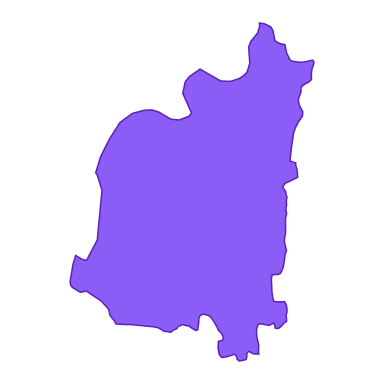 the district of Jisr-Ash-Shugur, Idlib, Syria
{"feature_id": "27442178B84192320308694", "entity_name": "Jisr-Ash-Shugur", "entity_type": "district", "adm_level": 2, "iso_a3": "SYR", "parent_name": "Syria", "parent_adm1": "Idlib", "projection": "equal_earth", "projection_center": [36.341, 35.883], "detail": "fine", "context": "isolated", "style": "filled", "palette": "violet", "viewbox_px": 384, "rotation_deg": 0, "n_neighbors": 0, "source": "geoboundaries", "source_scale": "gbopen_adm2", "svg_char_len": 3536}
<svg xmlns="http://www.w3.org/2000/svg" viewBox="0 0 384 384"><path d="M258.7,354.1L258.6,352.1L258.5,350.1L258.7,345.0L256.8,336.9L256.5,331.5L256.8,327.9L257.5,326.1L258.3,324.3L259.5,324.1L260.4,323.7L262.3,324.1L269.2,325.4L271.8,324.1L274.0,322.9L275.4,328.4L278.6,328.4L281.3,326.2L283.9,323.1L286.6,321.4L286.5,317.9L286.0,315.8L287.0,311.9L286.9,308.1L286.4,305.1L284.6,301.7L281.9,301.8L276.7,301.9L273.9,301.5L273.0,298.9L272.0,292.6L271.4,279.3L272.0,275.0L274.8,274.5L278.0,274.5L280.7,273.1L283.2,267.5L284.2,261.5L285.1,254.7L286.5,250.4L285.7,247.2L284.4,242.0L284.7,237.5L285.6,232.7L285.5,217.9L286.1,215.9L286.6,214.0L286.5,213.4L286.5,213.1L286.4,212.8L285.9,208.1L286.6,205.5L286.5,202.9L286.4,200.3L287.0,196.9L286.5,195.8L286.0,194.6L285.7,191.5L284.8,190.4L282.6,187.2L284.3,184.6L285.0,183.4L288.4,181.8L297.7,177.3L297.1,169.8L297.0,169.5L295.7,165.3L295.7,163.5L295.8,163.0L290.0,161.0L291.3,148.8L292.6,139.8L293.4,133.7L295.4,127.8L295.6,127.4L298.6,121.6L302.4,116.3L302.8,111.9L299.6,105.8L298.5,101.8L298.4,99.4L301.0,91.7L301.0,88.6L301.0,87.3L303.4,85.0L309.3,81.6L311.5,79.5L311.4,76.8L311.4,75.6L311.4,73.5L311.6,72.0L312.1,68.5L313.7,64.0L313.9,62.1L312.9,60.2L311.8,60.3L311.6,60.3L309.3,60.9L305.4,61.8L304.1,62.1L298.7,62.2L291.0,60.9L289.5,58.9L286.9,53.5L286.7,53.2L285.8,48.9L285.1,45.3L285.0,44.7L279.6,43.5L275.1,40.9L274.4,38.0L273.0,30.6L270.7,26.8L264.4,23.8L259.4,23.0L259.5,24.9L259.6,26.7L257.6,33.0L251.0,41.2L250.7,41.5L249.3,45.4L249.0,46.1L248.9,46.4L248.7,46.9L249.0,52.0L249.8,63.3L247.0,72.3L243.6,75.6L239.2,78.6L230.4,81.4L225.9,81.2L220.7,81.0L214.8,77.6L200.0,69.1L197.3,71.1L197.1,71.2L196.5,71.6L189.0,76.9L187.3,79.2L186.0,80.8L185.3,81.7L184.7,84.3L182.8,93.4L187.5,104.0L189.1,107.5L190.8,111.3L191.5,113.1L188.8,116.4L185.7,117.5L179.0,120.0L176.3,119.7L175.3,119.6L171.2,119.1L170.8,119.1L166.2,116.4L158.9,112.1L157.5,111.6L155.6,111.0L155.1,110.9L153.2,110.3L152.1,109.9L145.5,110.2L144.4,110.2L143.5,110.4L141.7,110.9L132.4,113.4L125.9,118.1L120.1,122.4L118.6,124.7L116.1,128.6L113.4,132.8L109.8,138.5L108.6,140.8L108.4,141.2L107.0,143.9L101.0,155.8L100.5,157.1L95.7,172.8L97.1,174.7L101.3,188.0L102.0,190.4L102.0,191.0L101.7,193.4L101.0,200.5L99.7,214.5L98.4,227.8L97.3,239.9L95.0,244.3L91.9,250.2L86.6,260.3L84.2,259.8L82.3,259.4L79.8,257.9L75.7,255.5L73.1,263.8L71.4,273.8L70.6,278.3L70.1,281.3L70.7,285.1L71.2,285.9L71.8,286.7L72.4,287.5L80.4,292.3L81.7,292.0L86.5,291.1L91.5,294.6L97.8,298.7L101.0,300.9L101.6,301.4L102.2,302.0L108.7,309.4L110.0,315.2L110.1,315.7L114.4,320.8L115.9,323.8L116.0,324.0L124.7,324.5L126.6,324.7L127.6,324.5L128.3,324.4L128.7,324.4L129.9,324.6L132.8,324.8L153.7,326.8L158.0,327.7L164.1,331.2L170.9,332.2L173.7,329.9L176.9,328.6L178.1,326.5L179.4,325.9L180.6,325.6L182.1,324.5L183.5,324.9L185.1,325.3L187.1,325.8L188.9,325.9L191.9,328.2L195.8,330.4L197.7,329.9L198.2,326.4L198.4,324.8L198.7,322.9L198.8,321.0L198.8,319.1L199.5,316.4L200.8,315.4L200.9,315.2L202.0,314.4L204.4,314.3L206.4,314.9L208.4,315.4L211.7,318.3L212.6,319.7L213.5,321.1L216.5,326.1L216.9,326.7L218.2,329.9L221.9,334.0L223.2,337.4L223.0,338.9L222.8,340.3L218.4,341.3L218.1,348.2L218.6,351.1L219.1,354.0L220.2,356.0L222.0,357.5L224.4,357.1L226.5,356.7L227.6,356.5L228.3,356.3L232.2,355.1L233.9,353.9L236.1,355.7L237.0,357.8L237.2,359.4L239.3,361.0L244.3,360.1L246.2,359.3L246.9,356.7L246.7,354.5L247.5,352.5L248.8,351.3L252.8,353.6L253.1,353.8L255.8,354.0L257.1,354.0L258.3,354.0L258.5,354.0L258.7,354.1Z" fill="#8b5cf6" stroke="#5b21b6" stroke-width="1.5"/></svg>